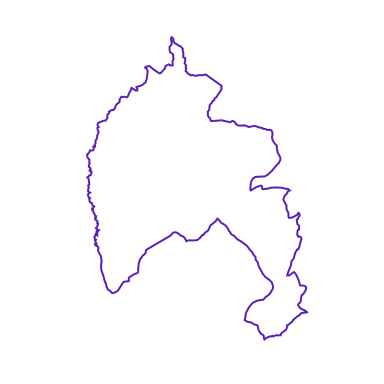 Kanduyi, Western, Kenya, rotated 172°
{"feature_id": "3690345B52406827974288", "entity_name": "Kanduyi", "entity_type": "district", "adm_level": 2, "iso_a3": "KEN", "parent_name": "Kenya", "parent_adm1": "Western", "projection": "albers", "projection_center": [34.58, 0.562], "detail": "fine", "context": "isolated", "style": "outline", "palette": "violet", "viewbox_px": 384, "rotation_deg": 172, "n_neighbors": 0, "source": "geoboundaries", "source_scale": "gbopen_adm2", "svg_char_len": 6017}
<svg xmlns="http://www.w3.org/2000/svg" viewBox="0 0 384 384"><g transform="rotate(172 192 192)"><path d="M147.9,293.0L162.0,306.4L166.0,306.2L168.2,306.8L169.4,306.5L170.7,306.8L171.6,306.5L173.7,307.0L175.5,308.0L176.9,307.6L180.1,310.4L180.5,311.6L181.5,312.7L180.8,313.8L181.1,314.8L180.6,315.5L180.9,316.8L180.2,317.9L181.4,320.7L180.4,323.2L180.1,325.5L181.9,326.7L181.6,327.9L181.7,328.8L181.2,329.9L181.5,333.3L181.2,335.0L182.7,337.5L184.7,338.7L186.7,340.7L188.5,341.8L189.6,344.4L189.0,345.4L189.7,347.2L190.7,348.1L191.5,346.1L191.4,341.9L191.7,341.0L194.1,338.7L194.3,337.4L194.4,333.8L192.3,331.7L191.4,330.2L191.9,329.2L191.6,326.8L193.1,324.1L193.5,320.0L195.6,320.3L197.1,321.6L200.4,320.6L201.2,319.7L201.4,318.4L206.1,314.4L206.9,314.0L207.9,314.1L213.3,318.9L216.5,322.6L217.5,322.8L218.5,322.4L219.7,322.6L220.8,322.3L221.0,321.3L220.1,320.7L219.5,319.6L219.1,317.6L220.9,310.9L222.6,307.2L226.0,305.1L228.4,304.3L232.4,303.7L232.3,302.5L231.7,301.5L231.8,300.5L232.6,300.0L233.7,300.3L237.4,303.5L238.3,301.5L241.2,297.6L241.7,296.3L243.2,294.8L245.0,295.5L248.7,296.1L251.1,293.2L250.9,291.8L251.8,290.8L254.9,289.0L256.9,285.4L257.7,285.0L258.3,284.1L259.7,284.4L262.9,283.3L262.8,282.3L263.3,281.4L264.5,280.8L265.2,279.7L265.5,277.0L266.5,275.8L267.6,274.9L270.1,274.8L275.2,273.5L276.0,272.4L276.2,271.3L276.0,270.0L275.4,269.3L276.5,268.9L276.8,267.9L276.8,266.6L276.1,264.4L278.2,260.7L278.3,259.3L279.1,257.6L279.9,257.0L280.6,255.7L280.6,254.3L281.0,253.2L281.7,252.5L281.7,250.6L282.6,251.1L283.4,250.8L283.1,249.6L283.6,247.5L284.5,246.9L287.3,247.4L287.7,246.2L289.4,244.4L290.6,244.0L290.8,241.9L290.5,240.5L289.0,238.0L289.7,236.0L289.3,234.8L290.5,232.5L290.6,231.3L289.2,229.7L289.2,228.8L290.5,227.5L290.0,226.8L289.1,226.8L288.6,225.9L290.1,222.7L291.6,222.6L292.5,221.6L293.6,221.1L292.8,219.9L292.5,218.5L292.5,215.2L292.7,213.8L294.0,212.7L293.6,211.7L293.7,210.3L294.4,209.4L294.8,206.9L293.0,205.5L295.0,204.4L295.5,203.6L294.9,200.8L293.7,200.1L294.7,199.1L294.7,196.8L294.3,195.8L293.0,195.3L292.5,194.1L292.6,193.1L291.9,192.0L290.9,191.3L291.8,190.6L292.3,189.0L293.2,189.4L293.5,188.4L292.3,186.4L292.4,185.2L291.6,184.0L291.2,181.3L290.3,181.2L290.8,179.9L291.6,179.5L291.7,178.5L290.9,178.0L290.7,176.9L289.7,176.3L289.7,175.1L290.2,174.1L289.4,173.4L290.3,172.1L290.8,170.5L292.2,169.6L291.4,168.8L290.6,167.4L291.8,166.6L292.3,165.4L291.7,163.9L293.2,163.8L293.5,162.9L295.0,161.2L294.6,160.2L294.9,158.1L293.9,157.9L294.6,156.9L294.5,155.6L293.8,154.9L293.9,153.6L295.3,153.8L295.1,152.6L292.6,150.8L292.4,149.6L293.2,147.5L292.7,145.2L291.2,141.3L291.0,139.9L291.4,137.7L291.0,136.6L292.2,132.4L292.7,128.0L291.3,120.3L290.7,115.0L290.0,113.4L289.8,110.4L288.7,106.9L286.6,105.3L286.2,104.3L284.9,102.9L283.9,102.8L280.0,104.1L278.8,104.9L272.9,112.0L271.9,112.6L267.0,112.5L266.5,115.9L261.6,118.3L257.1,119.5L256.2,121.1L256.0,123.6L254.7,128.6L253.2,131.8L252.6,132.9L251.5,133.7L249.7,135.9L247.8,136.9L246.5,138.2L245.5,141.0L220.4,151.4L219.3,151.9L217.1,153.7L215.9,154.4L214.8,154.5L213.5,154.2L211.8,153.4L209.4,150.5L207.4,149.4L206.3,148.4L205.4,147.1L204.5,144.1L202.2,144.6L197.2,143.8L193.4,143.7L190.1,145.7L188.3,147.6L186.8,147.9L184.4,150.2L182.2,151.0L181.3,151.8L178.3,156.4L172.3,160.0L171.5,161.3L170.3,162.0L167.4,157.5L164.6,155.3L163.2,153.7L161.6,150.9L160.7,148.0L160.0,147.2L159.0,144.7L156.4,142.7L153.7,138.8L150.3,136.3L144.8,130.8L143.1,127.3L140.7,123.9L140.1,121.9L138.2,118.7L138.3,115.7L136.9,113.8L136.2,108.9L133.3,101.2L131.2,97.6L128.0,94.6L125.7,91.7L125.2,89.6L124.9,87.5L125.4,85.0L128.7,80.8L131.4,78.8L133.3,78.0L136.4,75.4L142.4,75.4L147.4,73.7L150.0,71.5L151.8,69.8L155.7,64.2L155.8,63.0L157.6,57.8L156.7,56.8L154.0,55.3L151.0,54.3L149.1,52.3L146.2,51.2L145.6,50.4L145.3,46.3L144.1,43.1L143.2,41.7L141.6,40.7L140.9,39.2L141.2,37.0L140.8,35.9L138.1,37.5L136.8,37.5L136.0,38.1L133.5,38.0L132.3,38.4L131.5,37.6L130.6,38.1L128.0,38.5L127.3,38.1L124.2,37.8L123.2,39.7L118.2,42.4L116.4,45.2L116.5,46.6L114.6,47.3L110.6,49.9L110.0,50.8L108.0,52.3L103.6,54.9L102.6,54.9L101.8,56.1L100.6,56.9L99.7,56.7L97.7,57.1L96.1,56.6L94.9,57.0L96.4,58.8L100.5,61.3L102.0,63.7L102.7,65.7L101.8,66.7L100.4,67.4L99.6,68.6L98.1,73.9L97.6,74.8L96.2,75.2L93.0,79.0L92.3,81.6L92.7,82.6L94.5,83.8L97.1,84.1L98.0,84.7L98.7,89.9L100.4,95.7L101.6,98.0L102.6,98.5L106.4,96.3L107.7,95.8L109.3,96.1L107.7,99.7L104.6,104.9L103.0,109.7L100.6,112.0L98.1,117.7L95.8,120.5L94.8,120.4L94.1,121.5L92.9,123.7L92.1,126.5L91.3,127.3L90.9,129.3L90.1,130.2L90.2,131.3L90.8,132.4L91.8,132.9L92.9,132.8L93.7,134.8L93.2,138.0L92.3,139.8L91.3,139.9L90.8,140.8L91.1,141.6L90.7,143.6L92.2,145.9L92.1,150.1L90.9,150.6L90.3,152.0L88.8,153.4L88.5,154.5L88.8,155.8L89.5,156.5L90.2,155.9L90.6,154.9L95.7,153.0L98.3,152.7L99.7,153.1L99.9,154.2L99.5,158.0L100.7,161.4L100.8,163.1L100.3,165.4L102.5,171.3L102.4,172.5L100.5,175.5L97.8,177.7L97.3,179.0L96.2,179.7L95.0,179.9L96.6,181.7L98.9,182.2L102.8,183.8L109.5,185.0L113.8,185.2L116.6,184.8L121.4,184.9L122.1,185.5L121.8,187.4L122.5,188.6L123.8,188.7L127.6,187.9L133.6,185.4L134.0,186.4L132.9,190.6L132.8,191.9L131.5,194.8L129.5,197.0L127.1,198.1L117.8,197.3L114.6,198.6L109.7,202.0L104.5,206.8L102.3,208.3L99.9,211.7L99.8,214.3L101.7,219.0L101.9,224.2L101.5,225.3L101.6,226.2L102.9,227.9L104.8,231.5L105.1,233.6L105.0,236.1L104.4,237.1L104.1,239.5L104.6,241.7L105.5,242.5L108.3,242.9L109.5,243.4L110.4,244.2L112.7,244.6L113.2,245.4L116.9,246.8L120.6,248.8L126.7,248.5L130.2,250.5L136.1,251.2L137.5,251.8L139.2,253.2L139.3,254.7L141.5,256.7L142.8,256.6L143.4,256.0L144.6,255.8L152.7,258.9L163.2,259.5L163.7,260.3L163.5,261.2L164.1,262.7L165.4,264.6L165.6,266.5L165.2,267.6L165.4,268.7L165.0,269.6L163.5,270.8L162.5,275.3L161.9,276.1L160.1,277.5L158.7,279.4L157.4,279.7L156.5,281.5L154.6,282.5L152.4,285.2L151.4,285.9L151.1,286.6L148.5,289.5L148.4,291.7L147.9,293.0ZM290.6,167.4L289.5,167.1L290.4,166.3L290.6,167.4ZM291.7,163.9L291.9,162.4L292.5,163.2L291.7,163.9Z" fill="none" stroke="#5b21b6" stroke-width="2"/></g></svg>